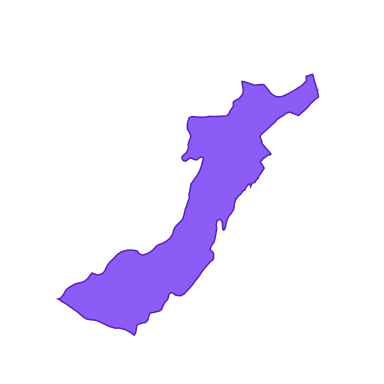 Jayyl, Chuy, Kyrgyzstan, rotated 32°
{"feature_id": "92254566B24091049368111", "entity_name": "Jayyl", "entity_type": "district", "adm_level": 2, "iso_a3": "KGZ", "parent_name": "Kyrgyzstan", "parent_adm1": "Chuy", "projection": "orthographic", "projection_center": [73.886, 42.775], "detail": "fine", "context": "isolated", "style": "filled", "palette": "violet", "viewbox_px": 384, "rotation_deg": 32, "n_neighbors": 0, "source": "geoboundaries", "source_scale": "gbopen_adm2", "svg_char_len": 3441}
<svg xmlns="http://www.w3.org/2000/svg" viewBox="0 0 384 384"><g transform="rotate(32 192 192)"><path d="M218.9,344.0L218.9,341.4L217.9,338.9L216.1,334.9L216.2,333.1L218.0,331.0L219.6,329.1L221.4,327.7L222.3,325.2L222.3,323.4L221.4,321.1L220.6,318.2L221.4,316.0L223.0,314.7L225.5,312.2L227.8,309.7L228.4,307.5L227.9,304.2L227.5,301.4L227.5,299.2L228.3,295.9L227.8,294.2L226.8,291.2L227.1,288.8L228.0,288.2L229.6,287.9L232.5,288.2L235.4,287.1L237.5,285.8L239.4,282.7L239.8,279.9L240.6,276.5L241.6,270.2L241.7,266.8L242.5,261.3L242.6,254.1L243.3,248.2L243.8,245.9L244.3,241.9L245.3,239.4L245.7,237.5L244.9,235.8L243.3,233.4L241.9,232.1L237.8,231.1L236.9,227.4L237.1,224.2L237.3,222.8L235.5,217.5L234.2,214.4L232.7,210.6L231.3,208.5L229.7,206.7L229.0,204.6L228.7,202.4L230.0,200.7L231.7,200.4L234.0,201.8L235.3,203.8L237.5,207.1L239.1,207.5L239.4,206.4L239.0,204.3L238.2,202.4L237.6,200.6L236.7,197.6L236.3,196.1L236.1,192.3L236.6,188.1L236.6,185.3L235.8,182.8L234.8,181.0L234.3,179.5L233.3,176.6L233.2,174.2L233.5,170.5L234.4,168.1L234.6,166.1L234.6,164.2L235.8,162.1L235.8,161.4L235.3,159.6L235.6,156.8L236.0,155.0L237.2,154.9L237.7,155.3L238.8,156.3L238.2,152.4L240.2,150.8L240.2,147.5L240.9,145.4L240.2,145.0L240.4,144.0L240.4,141.2L240.5,139.0L240.5,135.8L240.6,133.7L240.3,133.4L237.2,131.7L234.2,130.5L234.6,126.1L235.0,125.1L235.9,123.7L236.4,121.0L238.7,118.9L238.8,117.9L235.2,116.7L229.4,115.0L224.7,113.4L224.7,112.2L220.8,109.5L220.2,108.7L220.4,106.4L221.3,103.1L222.0,100.6L222.6,98.7L223.3,95.8L224.1,92.9L225.3,88.4L225.6,86.0L225.9,84.6L226.5,84.0L227.5,81.1L228.5,79.6L229.3,77.6L230.0,75.4L230.9,74.5L232.6,72.3L234.6,72.1L241.9,70.6L242.4,68.4L243.4,65.5L244.1,63.1L245.4,57.9L245.8,54.2L247.1,49.1L247.8,47.2L248.9,44.4L247.4,42.7L246.0,41.2L245.1,40.3L244.6,39.0L243.6,38.7L239.7,35.2L236.0,32.2L235.6,31.6L233.9,30.0L232.0,28.4L231.7,28.3L229.4,31.2L227.5,33.6L230.2,36.8L228.6,43.8L227.3,46.4L224.6,52.2L222.7,55.6L220.7,58.9L218.9,61.7L216.5,64.5L214.9,65.4L213.2,66.4L209.9,66.8L206.4,66.4L200.1,64.1L196.7,63.0L194.4,63.6L192.6,65.1L188.2,68.4L184.7,69.1L177.5,70.8L175.8,71.8L181.7,78.7L182.9,81.5L182.9,84.4L182.5,87.5L180.5,90.9L179.4,93.5L180.3,95.7L181.5,96.6L181.6,98.9L181.3,102.8L181.9,106.9L180.3,109.9L177.2,111.8L171.3,116.0L167.1,118.3L163.7,121.3L158.5,124.8L152.5,127.7L150.2,130.4L151.1,133.6L152.0,136.9L154.7,141.0L157.6,142.5L159.0,143.3L161.6,145.6L162.3,148.1L162.7,151.2L163.7,153.9L165.5,156.1L166.2,159.2L166.2,162.7L165.1,165.5L165.0,168.0L166.9,169.7L168.9,169.9L170.6,168.9L171.3,166.7L172.0,164.9L173.7,163.5L176.4,163.4L179.2,162.2L179.7,160.2L181.1,157.4L183.4,156.8L184.7,160.1L186.5,166.0L187.5,171.5L187.6,174.3L187.3,177.6L187.2,181.9L186.9,185.9L189.0,190.7L190.7,195.7L192.9,198.4L193.6,202.2L194.5,205.7L195.4,210.0L197.5,216.0L198.5,220.4L197.8,223.5L196.7,228.6L196.2,231.1L196.7,234.2L197.9,237.5L197.9,242.6L196.5,247.0L194.3,251.0L192.3,253.5L190.7,256.1L189.7,261.0L188.8,264.4L186.7,267.9L183.8,271.5L180.2,272.4L176.9,271.1L173.8,272.1L168.0,275.4L164.2,279.6L161.9,284.2L160.8,289.8L159.6,294.3L159.1,299.1L159.9,305.7L158.9,309.4L155.9,312.5L150.1,313.7L149.3,321.4L147.5,325.9L142.1,331.3L138.6,337.4L137.1,341.5L137.3,347.3L136.8,352.0L135.1,353.7L146.2,353.7L158.4,354.4L165.5,355.5L169.4,355.7L173.7,354.1L178.0,351.9L183.2,350.9L192.8,349.9L198.8,348.2L202.8,345.8L208.1,344.1L214.9,343.7L218.9,344.0Z" fill="#8b5cf6" stroke="#5b21b6" stroke-width="1.5"/></g></svg>